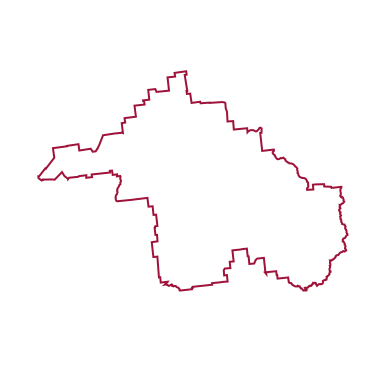 Barcaldine, Queensland, Australia, rotated 348°
{"feature_id": "25037944B32668450975374", "entity_name": "Barcaldine", "entity_type": "district", "adm_level": 2, "iso_a3": "AUS", "parent_name": "Australia", "parent_adm1": "Queensland", "projection": "albers", "projection_center": [146.199, -23.052], "detail": "fine", "context": "isolated", "style": "outline", "palette": "rose", "viewbox_px": 384, "rotation_deg": 348, "n_neighbors": 0, "source": "geoboundaries", "source_scale": "gbopen_adm2", "svg_char_len": 6070}
<svg xmlns="http://www.w3.org/2000/svg" viewBox="0 0 384 384"><g transform="rotate(348 192 192)"><path d="M47.3,149.5L48.6,149.4L48.6,148.8L58.5,150.8L60.2,151.4L69.0,145.5L70.5,149.8L73.4,153.3L73.4,153.7L74.8,152.5L84.0,153.5L84.7,153.0L92.1,153.6L91.5,156.1L97.3,156.7L97.5,154.0L115.8,155.9L116.0,154.2L118.2,154.4L118.0,158.8L122.4,159.2L121.8,161.1L125.1,161.4L125.3,162.1L124.9,162.8L124.6,164.0L124.6,165.2L124.9,165.9L124.7,166.3L124.7,166.8L124.4,167.2L123.8,167.8L123.7,169.4L123.2,169.8L122.3,170.1L121.7,171.3L119.8,173.1L119.7,173.6L119.0,174.9L119.2,175.6L119.0,175.9L119.1,176.8L117.9,178.8L117.1,179.2L116.4,180.5L116.3,181.4L116.1,181.5L116.1,182.4L115.9,182.8L115.9,184.0L116.2,184.4L116.3,185.0L116.8,185.5L131.2,187.1L147.2,188.5L146.4,197.3L150.5,197.8L149.6,206.4L152.2,206.7L151.1,218.0L149.1,217.8L148.6,218.3L148.5,219.3L148.0,219.3L147.3,226.4L148.9,226.6L148.0,233.1L142.2,232.7L140.7,247.6L144.7,248.0L141.9,268.7L143.2,268.8L142.6,274.1L149.5,274.7L149.3,274.9L149.1,275.4L148.3,275.5L146.2,276.9L147.1,276.9L147.8,277.5L148.8,277.9L149.6,278.9L150.0,279.0L151.4,278.7L152.1,278.3L152.8,278.2L153.2,278.4L153.1,279.1L153.4,279.3L153.2,279.9L154.4,280.5L154.8,280.2L156.1,280.4L156.9,281.0L157.0,281.6L157.3,281.9L158.8,282.9L159.3,283.9L159.3,284.7L159.6,284.7L159.7,285.9L171.8,287.1L172.0,285.7L173.0,285.8L173.1,284.9L192.5,286.9L192.7,285.3L200.8,286.2L203.2,286.3L208.2,287.0L208.9,280.5L206.1,280.3L206.8,275.1L208.2,273.7L213.7,274.4L214.4,268.1L218.3,268.6L219.4,257.5L226.9,258.3L229.1,258.3L233.9,258.8L233.1,266.4L234.0,266.7L233.1,274.3L238.0,274.9L238.9,273.4L239.4,273.1L239.6,272.4L240.3,271.6L241.9,270.7L248.6,271.4L247.1,285.8L246.6,285.8L247.6,287.7L247.8,285.9L257.9,287.0L257.5,290.7L258.1,290.8L257.7,294.5L268.3,295.6L268.0,299.2L268.1,299.3L267.9,300.4L268.0,300.7L268.6,301.0L269.1,301.6L270.1,301.7L271.0,304.0L271.6,304.2L272.5,305.2L273.6,305.9L274.9,306.2L276.0,305.6L276.2,305.8L276.2,306.3L276.9,306.3L277.0,306.6L277.8,306.8L278.0,308.1L278.5,308.5L278.6,309.1L279.2,309.2L279.4,309.5L280.2,311.1L280.7,311.4L280.7,311.6L281.7,311.7L281.9,311.5L282.9,312.1L283.3,311.7L283.7,311.8L283.9,311.3L283.5,310.5L283.2,310.4L283.2,310.2L282.6,309.6L282.5,309.2L283.1,309.2L284.3,309.7L285.3,309.3L285.6,309.5L286.7,308.5L287.0,308.6L287.6,308.6L287.4,308.3L287.9,308.1L288.7,308.2L289.0,308.5L289.3,308.5L289.6,308.3L290.1,307.4L291.0,307.1L291.1,306.5L291.6,306.0L292.3,306.6L292.6,306.3L293.5,306.3L294.2,306.9L294.1,307.9L294.8,309.8L296.2,308.8L297.1,308.5L298.0,308.9L298.2,308.7L298.6,308.7L299.6,309.1L300.7,308.7L301.3,307.8L301.5,306.2L302.7,305.8L303.0,305.9L303.5,305.8L303.8,305.6L304.1,305.6L304.5,305.9L305.4,305.6L305.5,304.8L306.2,303.8L306.3,303.1L306.1,302.9L307.0,302.3L308.2,302.1L308.7,301.4L309.2,301.2L309.2,300.8L310.0,299.2L311.0,298.9L311.0,298.3L310.3,297.9L310.4,295.9L311.1,294.8L311.7,293.6L311.4,292.7L312.1,292.3L312.4,291.6L312.4,291.0L312.2,290.8L312.2,290.0L312.7,288.8L312.7,287.9L313.4,288.3L314.0,287.9L314.1,287.6L314.8,287.8L315.3,287.7L315.7,287.2L316.1,287.3L318.4,286.0L318.4,285.7L319.1,285.2L319.1,284.7L320.1,284.1L321.0,283.9L321.3,284.1L322.0,284.0L322.3,283.7L322.5,283.7L323.2,282.9L324.8,281.9L325.8,282.0L326.6,281.8L327.3,281.3L327.9,281.3L328.5,281.9L328.9,281.9L330.6,281.3L330.6,280.2L330.2,279.9L329.9,279.1L330.1,278.3L330.6,277.7L330.9,277.0L330.8,276.2L330.3,275.3L330.7,274.3L329.9,272.0L329.1,271.8L329.1,271.6L329.5,271.1L329.5,270.1L329.8,269.9L330.3,269.0L332.3,268.7L332.8,268.2L333.1,267.5L334.2,266.6L334.7,266.4L335.1,266.4L335.3,265.6L335.3,265.2L334.9,264.6L334.7,263.7L335.1,262.1L334.8,261.4L334.9,260.8L334.4,260.0L334.2,259.5L334.5,259.0L334.5,258.3L335.1,257.6L334.3,255.9L334.4,255.6L333.6,255.3L332.1,254.4L332.2,253.2L331.7,252.0L332.2,251.0L332.2,250.4L331.6,249.6L331.7,249.1L331.9,248.8L331.7,248.3L332.0,247.3L331.8,246.7L332.9,246.0L332.2,244.1L333.1,242.9L333.1,242.6L332.4,242.1L332.3,241.7L332.4,241.3L332.0,240.2L332.6,239.6L333.8,238.9L333.8,238.4L333.2,237.4L333.2,237.2L333.8,236.7L333.8,235.2L334.8,235.4L336.2,234.5L336.8,234.6L338.0,234.0L338.9,233.0L338.5,232.7L338.4,232.0L338.7,230.9L338.5,229.3L338.1,228.2L337.5,227.7L337.4,227.7L337.0,228.2L336.3,227.3L336.2,226.7L336.3,226.3L337.0,225.5L337.4,223.4L337.3,222.6L337.5,220.9L338.2,219.4L338.9,219.0L339.2,218.0L329.3,217.0L329.0,216.3L329.1,215.8L322.5,214.1L322.8,211.8L314.7,210.3L311.8,210.0L311.2,214.8L305.0,213.8L305.1,212.9L305.6,212.5L305.8,211.7L306.7,211.3L306.9,210.8L307.1,210.1L307.0,209.1L307.5,207.2L307.4,206.6L306.5,205.7L306.7,204.4L305.8,202.6L304.5,201.6L303.9,201.6L301.9,200.8L301.7,200.4L300.6,199.8L299.9,198.5L299.6,197.3L299.7,196.4L299.1,195.3L299.7,194.4L299.4,192.2L299.9,191.5L299.8,190.7L299.2,189.4L298.2,188.4L298.1,187.9L297.1,186.2L295.5,184.9L294.4,184.5L293.1,184.2L292.6,183.3L292.2,183.3L291.6,182.8L291.4,182.3L290.1,181.0L290.0,180.7L290.1,179.4L288.9,178.2L288.6,177.4L286.8,177.7L285.8,177.2L284.5,177.8L283.3,177.9L282.4,177.6L281.8,177.0L281.1,175.6L280.7,173.5L280.4,173.4L280.4,173.1L279.2,171.3L279.0,170.6L279.3,169.6L280.3,169.2L280.9,168.3L280.9,167.5L269.2,166.4L271.0,148.4L272.3,148.5L273.3,144.3L272.1,143.2L271.4,143.3L270.2,144.6L267.8,146.1L266.8,145.9L264.9,144.3L263.5,143.9L261.9,143.7L260.9,144.0L259.6,144.4L258.7,145.1L259.2,141.1L245.9,139.6L247.0,131.2L241.4,130.4L242.9,120.8L242.4,117.2L243.1,111.9L242.5,111.2L240.2,110.3L227.7,108.5L227.7,108.2L218.8,107.0L218.8,105.4L210.1,104.8L210.7,95.4L207.4,95.0L207.6,92.1L208.4,92.2L209.2,76.0L211.1,76.1L211.4,72.7L199.7,71.9L199.5,75.6L191.9,74.8L190.6,88.1L178.1,86.7L177.5,83.7L170.4,83.0L169.4,92.8L163.2,92.2L163.1,92.9L164.0,93.8L163.8,96.6L153.7,95.6L152.8,106.7L141.4,105.7L141.1,110.2L137.6,110.0L136.7,120.0L135.3,119.2L134.8,119.4L128.5,118.7L116.8,118.0L111.0,126.8L109.1,129.2L108.8,129.8L108.0,130.5L107.9,130.4L106.3,132.2L103.3,132.0L101.9,128.6L90.4,128.0L90.9,121.6L79.2,120.9L79.2,121.3L65.1,120.2L64.4,129.9L53.8,138.9L53.4,138.4L45.8,144.8L44.9,144.7L44.8,146.6L47.3,149.5Z" fill="none" stroke="#9f1239" stroke-width="2"/></g></svg>